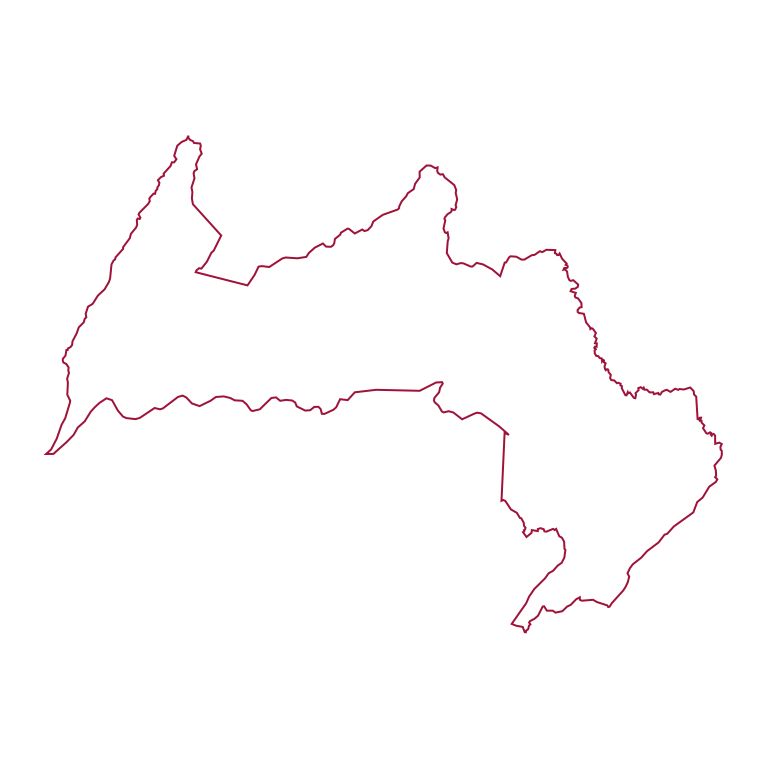 the district of Diamantino, Mato Grosso, Brazil
{"feature_id": "56859067B68124808583770", "entity_name": "Diamantino", "entity_type": "district", "adm_level": 2, "iso_a3": "BRA", "parent_name": "Brazil", "parent_adm1": "Mato Grosso", "projection": "natural_earth1", "projection_center": [-56.801, -14.136], "detail": "fine", "context": "isolated", "style": "outline", "palette": "rose", "viewbox_px": 768, "rotation_deg": 0, "n_neighbors": 0, "source": "geoboundaries", "source_scale": "gbopen_adm2", "svg_char_len": 6086}
<svg xmlns="http://www.w3.org/2000/svg" viewBox="0 0 768 768"><path d="M530.0,621.1L534.6,618.7L538.1,615.6L542.7,606.5L544.1,606.3L546.9,610.7L552.8,610.7L555.5,612.6L562.3,611.2L567.2,606.5L570.7,604.9L576.1,599.3L579.8,597.3L579.9,599.8L581.8,600.7L593.1,599.8L596.8,602.0L607.3,605.4L608.2,607.0L609.6,606.7L611.7,603.3L623.4,590.3L625.7,586.6L627.8,582.2L629.2,576.6L627.5,573.3L629.9,568.2L632.8,564.3L641.2,557.7L647.0,551.2L658.6,542.4L664.5,534.7L667.2,533.8L673.8,526.5L693.3,512.4L697.2,502.1L702.7,497.5L709.3,486.6L715.9,481.9L717.3,479.3L715.1,477.1L716.1,475.9L715.9,470.8L714.4,465.6L721.0,457.8L721.9,454.3L721.7,450.6L720.7,449.8L720.4,446.9L721.8,444.1L719.2,442.6L715.2,443.8L715.1,435.6L713.6,433.9L712.2,434.4L711.7,435.7L710.7,434.5L711.2,433.1L710.1,432.3L707.7,433.7L706.4,433.3L703.0,428.2L704.4,425.4L701.6,422.6L701.5,420.8L700.1,420.8L701.0,417.7L699.7,417.8L698.7,419.5L697.6,419.1L696.2,396.6L694.1,394.5L693.7,391.2L690.2,387.5L683.8,389.5L679.5,389.0L678.2,389.9L675.3,388.7L670.5,391.9L666.7,389.8L665.1,390.3L662.1,391.8L660.2,394.6L658.7,394.3L658.3,393.0L653.9,394.1L653.3,392.3L649.5,392.3L646.9,389.7L644.4,389.7L643.7,387.7L642.8,388.8L640.7,387.2L638.3,388.1L638.6,390.1L635.5,393.2L636.0,394.9L635.3,398.2L633.9,397.9L629.9,392.5L628.3,393.3L627.8,392.1L626.5,395.3L625.4,395.2L621.8,388.3L621.9,386.1L620.4,385.3L620.6,383.7L618.1,382.7L616.9,383.2L614.2,380.4L611.3,380.1L610.1,378.1L610.8,374.8L608.6,372.2L608.2,369.6L607.1,369.2L605.7,370.2L605.0,368.8L604.5,366.7L605.6,363.3L603.9,362.2L604.0,360.4L603.1,359.8L602.1,361.4L601.7,358.5L599.7,358.0L598.2,356.1L596.3,355.9L594.8,353.5L594.6,350.5L595.8,349.2L594.3,347.9L594.9,346.7L596.6,346.8L596.8,343.4L595.0,343.2L596.7,338.6L594.4,336.4L595.9,333.0L592.8,328.7L591.7,328.2L590.4,329.1L590.0,327.3L586.1,322.4L583.9,313.8L579.0,313.0L577.7,312.0L577.6,310.0L579.7,307.5L581.6,307.2L581.4,303.0L577.9,298.3L575.5,297.5L574.7,296.0L575.8,292.9L570.6,291.2L571.6,289.0L575.3,288.6L577.9,286.7L578.2,284.6L573.3,280.2L570.6,280.9L569.3,280.0L567.8,276.7L567.1,271.6L565.2,269.4L563.5,269.8L564.3,268.0L567.0,267.9L567.8,266.9L567.3,265.4L565.7,264.8L566.6,263.5L562.1,258.7L559.6,253.5L558.6,255.0L557.1,255.1L556.5,253.8L554.9,253.2L555.3,250.1L546.3,249.8L542.3,252.1L539.9,251.2L534.5,254.9L532.0,255.1L524.3,259.6L521.5,259.6L516.3,256.7L510.5,256.3L509.1,257.3L506.1,262.5L504.7,262.6L500.2,276.2L492.2,269.4L483.0,264.4L476.6,262.9L472.6,266.5L470.6,266.5L463.5,263.4L460.7,263.1L456.4,264.3L452.3,262.6L446.8,253.1L447.7,241.3L448.6,238.3L447.6,232.3L446.1,233.0L444.9,232.3L443.5,228.6L445.3,220.3L444.4,218.9L444.9,217.5L447.4,214.3L450.7,212.2L451.7,210.7L451.6,209.0L454.1,210.1L455.2,209.6L456.3,206.9L455.6,205.2L457.2,199.4L455.7,193.0L456.2,190.0L454.3,185.1L444.7,177.4L442.9,174.2L440.3,174.6L437.8,172.7L437.2,171.0L437.6,167.4L435.1,168.1L430.8,165.6L426.5,165.5L419.6,171.7L419.7,177.5L415.1,183.8L413.7,189.1L407.8,193.2L406.2,196.3L401.7,201.3L399.2,206.5L399.1,208.2L397.8,209.5L382.9,214.8L380.1,216.7L373.3,221.5L371.4,226.2L367.7,230.1L364.5,231.1L362.3,229.5L354.8,233.5L349.0,228.9L347.6,228.6L340.9,232.7L340.3,234.6L334.9,239.0L334.3,243.0L333.2,245.2L330.9,246.8L326.1,246.6L322.9,243.5L314.9,247.6L308.9,252.9L306.3,256.9L297.4,258.3L285.7,257.5L282.2,258.5L269.3,267.0L261.8,266.1L258.5,266.7L254.6,274.9L247.5,285.4L195.7,272.2L196.5,270.3L199.2,268.2L201.4,268.6L206.9,261.7L211.4,252.7L213.7,250.7L221.2,235.5L192.9,204.2L191.9,198.5L192.4,192.1L191.5,187.4L194.5,178.3L193.6,173.3L194.3,171.2L197.1,169.2L196.0,164.4L199.3,156.8L201.7,153.6L200.1,149.4L200.8,145.7L200.1,143.5L194.1,143.0L192.9,141.1L190.2,140.0L188.4,137.9L188.4,135.7L186.4,139.9L181.7,141.9L177.3,145.7L174.2,155.8L176.4,159.2L174.2,162.3L171.9,162.3L170.5,166.1L163.6,173.6L164.0,175.7L161.1,177.0L157.9,180.2L159.4,182.7L158.9,185.2L157.3,187.6L157.3,189.2L155.7,190.8L155.1,193.8L153.6,193.6L150.3,197.1L149.3,198.7L149.8,201.1L148.2,203.9L139.4,212.8L138.6,214.4L140.4,217.8L139.7,219.0L137.7,218.5L136.8,220.0L137.2,224.8L136.1,227.5L130.9,233.9L129.8,238.2L123.1,247.2L123.1,248.9L115.5,257.4L115.1,259.3L113.6,260.5L111.5,264.4L110.1,278.5L108.9,282.0L104.6,289.3L97.8,295.7L92.7,303.8L88.0,306.7L85.7,313.7L86.3,317.3L84.7,318.9L83.8,322.3L78.8,327.3L76.6,333.5L72.5,341.3L72.1,345.0L70.5,347.1L67.9,348.5L67.6,350.0L66.4,350.0L65.5,355.6L62.8,358.9L62.8,360.8L63.4,362.5L66.3,364.0L68.6,367.4L68.3,370.9L69.0,372.9L67.1,378.7L67.9,382.5L67.3,394.7L70.2,400.7L70.0,402.4L65.2,418.3L61.6,424.7L56.8,438.5L51.1,449.5L46.1,454.0L53.4,453.9L66.7,442.0L73.6,434.9L77.8,427.5L84.7,421.4L90.6,411.9L94.7,407.3L99.6,402.8L106.5,398.3L112.1,400.2L117.8,410.5L122.9,416.5L126.3,418.1L135.6,419.1L139.8,417.9L154.6,408.0L160.0,409.3L162.9,408.4L177.9,397.0L182.6,395.6L186.2,397.4L192.0,403.5L199.6,406.1L210.5,400.8L215.9,397.0L223.7,396.4L230.3,398.0L234.6,400.3L242.5,400.8L246.6,404.3L250.9,410.4L252.6,411.0L259.8,409.3L271.4,398.0L276.0,397.4L280.2,400.8L286.0,399.9L292.2,400.5L295.2,402.5L296.8,406.4L305.3,410.6L310.2,410.2L314.3,406.9L318.4,406.8L320.6,409.0L321.9,413.8L324.5,413.9L333.5,409.7L336.2,407.3L340.1,399.2L347.7,400.1L354.8,392.3L376.2,389.8L419.7,390.8L436.1,382.5L442.2,382.2L442.7,383.7L440.1,387.6L439.1,392.3L434.5,397.8L433.9,400.3L434.7,402.3L438.4,405.5L441.9,411.5L443.7,412.4L448.6,411.2L453.4,412.5L462.1,419.3L474.9,413.4L477.2,412.7L481.1,413.4L499.2,426.4L508.9,434.9L504.6,432.9L501.5,500.8L503.2,500.0L505.3,500.9L510.9,509.4L516.8,512.8L519.9,517.9L521.3,518.3L523.7,522.7L524.1,526.0L525.5,527.7L525.1,529.4L524.0,530.1L524.2,531.4L523.0,532.2L526.5,537.0L531.5,532.9L531.8,530.1L537.8,531.1L537.9,529.0L540.6,528.2L543.7,529.2L544.4,531.3L546.2,531.7L553.1,528.9L554.6,530.0L556.1,528.9L559.3,536.3L561.9,537.7L564.1,541.7L564.5,548.9L565.4,549.9L564.3,557.7L561.6,562.9L557.7,565.6L553.2,570.7L548.6,573.3L545.0,578.4L534.3,589.0L529.1,596.6L526.2,603.2L511.7,623.9L516.4,625.8L522.7,626.9L524.7,632.1L525.8,632.3L526.3,630.5L528.2,629.1L529.0,625.7L530.4,624.3L529.1,622.6L530.0,621.1Z" fill="none" stroke="#9f1239" stroke-width="2"/></svg>